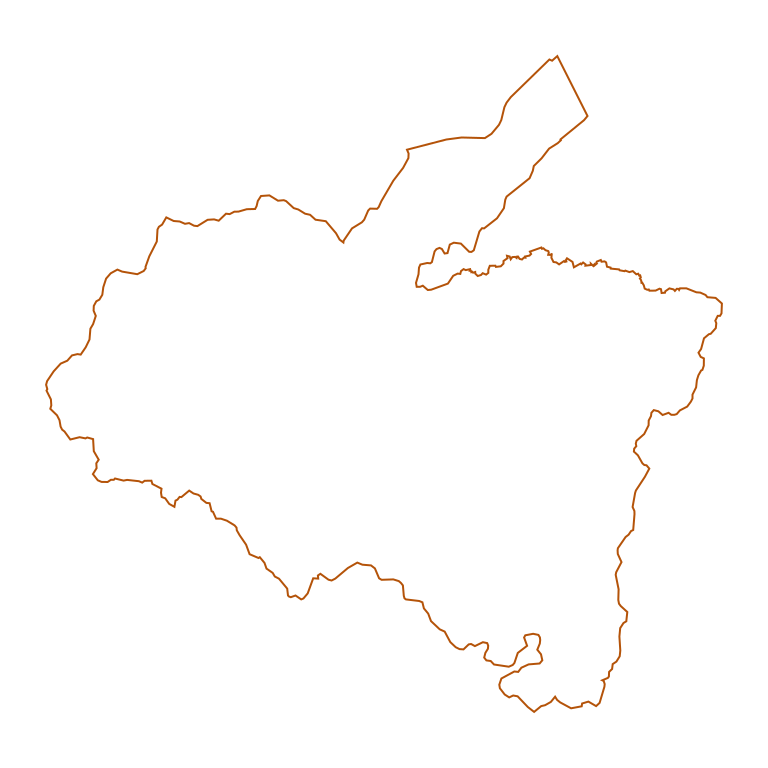 outline of Sekyere Kumawu, Ashanti, Ghana
{"feature_id": "2480657B32008532681061", "entity_name": "Sekyere Kumawu", "entity_type": "district", "adm_level": 2, "iso_a3": "GHA", "parent_name": "Ghana", "parent_adm1": "Ashanti", "projection": "equal_earth", "projection_center": [-1.235, 6.909], "detail": "fine", "context": "isolated", "style": "outline", "palette": "amber", "viewbox_px": 768, "rotation_deg": 0, "n_neighbors": 0, "source": "geoboundaries", "source_scale": "gbopen_adm2", "svg_char_len": 6084}
<svg xmlns="http://www.w3.org/2000/svg" viewBox="0 0 768 768"><path d="M50.3,408.8L57.0,415.3L59.5,420.2L60.6,426.6L62.1,429.6L64.5,431.5L70.3,439.5L79.6,437.2L85.5,438.4L87.2,437.5L93.1,439.1L93.8,451.2L98.7,459.7L96.3,463.3L96.6,468.2L92.9,474.1L97.8,480.3L101.5,481.9L107.6,482.0L110.9,479.8L113.8,479.8L115.0,478.5L123.6,480.6L127.1,479.9L138.9,481.2L142.2,482.6L144.6,480.8L151.4,480.7L152.4,484.0L161.5,488.7L161.0,492.7L161.7,497.0L165.2,498.3L169.2,503.9L174.4,506.8L175.5,500.6L177.4,499.7L179.6,496.9L181.4,497.1L189.2,490.6L193.5,493.5L198.2,494.8L200.6,496.5L201.3,498.9L206.4,502.9L209.6,503.2L211.6,511.3L213.0,511.8L216.1,518.7L221.0,518.7L226.9,520.7L234.6,525.4L236.5,527.6L236.8,530.3L239.6,535.2L246.1,544.7L249.6,554.2L258.5,558.0L259.8,557.2L264.5,562.9L266.5,568.6L272.7,572.9L274.8,576.5L279.0,578.7L287.2,588.6L288.0,595.5L288.9,596.5L290.8,597.2L295.5,595.5L301.2,599.4L303.4,598.5L307.7,593.4L313.2,578.3L318.2,578.6L317.9,575.5L320.4,573.8L328.5,579.7L331.6,580.5L335.3,578.6L347.9,568.0L357.3,562.6L362.4,564.7L371.0,565.4L374.9,568.4L379.1,578.3L381.6,579.8L393.3,579.4L398.8,581.1L400.9,582.9L402.9,585.4L403.8,595.8L404.5,598.3L405.9,599.4L419.2,601.0L422.4,602.3L423.9,608.4L428.2,613.6L431.0,621.1L439.7,629.3L444.7,631.6L450.3,642.1L455.7,647.2L459.5,649.1L463.5,649.4L468.7,644.4L471.1,644.0L474.9,646.1L482.9,642.2L487.2,643.1L488.2,645.7L487.9,648.8L485.4,652.8L484.2,657.6L486.4,660.4L490.7,661.0L494.0,664.5L508.8,666.7L512.7,665.0L514.4,663.0L517.8,652.9L527.1,645.8L524.1,637.5L525.3,635.3L533.1,633.8L538.4,634.9L539.9,637.4L540.2,640.0L539.8,643.6L537.3,649.7L541.0,654.3L542.3,660.3L539.6,663.5L528.6,664.4L521.4,667.7L518.2,671.9L514.3,671.5L501.4,678.5L499.3,684.7L499.9,688.3L504.7,694.5L509.2,697.4L513.2,695.5L517.6,696.3L527.8,707.0L534.1,711.9L541.2,706.1L545.1,705.2L550.9,701.9L555.1,696.7L557.1,699.9L560.2,702.4L571.1,708.3L581.7,706.3L582.1,703.5L588.4,701.6L596.1,706.1L599.6,702.9L604.4,686.8L604.7,684.1L603.7,681.0L602.3,680.3L607.9,677.9L608.9,676.5L609.1,671.9L612.1,669.0L612.7,664.1L616.4,661.6L619.7,656.3L620.3,650.6L619.4,636.5L620.2,628.1L623.5,623.0L626.3,621.3L627.3,612.0L620.8,606.1L619.0,603.7L618.3,600.0L618.6,589.3L615.7,574.8L616.2,572.2L621.5,562.1L617.8,554.0L617.6,550.3L617.9,548.2L625.6,537.0L628.6,534.7L631.0,531.1L633.2,530.0L634.5,514.2L634.4,511.0L632.6,507.0L635.1,493.0L635.9,490.5L644.9,476.8L649.3,468.6L646.5,465.3L644.3,465.0L642.4,463.3L637.9,455.3L633.9,451.6L634.2,448.6L636.3,446.2L635.8,443.6L636.5,440.8L644.2,434.0L648.6,425.3L648.7,420.5L651.0,416.1L651.4,412.8L653.8,410.1L658.4,411.3L662.6,415.0L668.6,412.8L671.3,414.8L674.3,414.8L676.7,414.1L679.9,410.4L687.2,406.6L690.9,401.6L692.5,398.5L692.5,394.6L696.1,387.4L696.9,380.1L698.4,375.3L701.1,370.5L702.4,369.9L703.8,365.7L703.9,358.4L700.7,356.9L698.5,352.7L701.1,349.0L704.0,338.3L708.9,334.2L710.7,333.8L715.8,328.1L716.3,323.2L715.3,320.7L717.7,315.9L720.0,315.9L721.5,313.4L721.9,303.5L715.6,297.9L707.4,297.2L705.6,295.0L700.3,292.6L696.4,292.3L686.3,288.3L680.0,288.3L679.1,289.9L678.5,288.9L676.8,288.8L674.9,290.9L673.6,289.4L669.4,288.4L665.3,291.3L665.0,292.7L661.6,293.0L661.0,289.2L659.5,288.7L655.6,290.6L649.4,290.7L648.8,289.5L647.3,289.8L644.7,288.6L643.8,285.3L642.2,282.6L641.5,282.8L641.1,280.2L639.9,278.5L640.8,277.4L640.2,275.4L639.3,275.7L638.2,273.7L636.3,274.3L632.8,271.1L629.4,272.1L625.3,270.6L624.6,271.2L619.6,270.3L619.1,269.4L610.7,268.6L610.6,267.6L607.0,266.7L606.1,262.4L604.6,261.4L601.5,261.7L600.8,260.0L596.8,261.6L596.2,263.0L596.8,263.6L594.2,265.7L594.1,264.6L593.0,265.7L590.8,263.6L590.9,265.0L585.4,265.7L585.6,264.4L583.1,262.5L581.3,264.3L580.6,263.5L573.9,267.3L572.5,261.9L567.0,258.3L566.0,259.9L566.4,261.5L564.9,261.9L564.1,261.0L559.1,264.4L556.3,262.4L553.5,262.0L551.4,257.8L551.8,253.4L550.9,254.9L548.2,254.8L548.8,252.6L548.3,251.1L545.5,250.2L543.4,248.3L542.0,248.8L541.4,247.5L529.9,251.6L531.1,254.0L529.5,255.6L525.1,256.5L525.4,257.7L523.9,257.6L522.0,259.5L519.6,258.9L518.0,256.5L517.0,256.6L516.6,258.0L515.2,256.9L512.3,257.1L510.7,259.3L509.7,256.5L507.0,255.8L507.5,258.2L503.5,261.0L503.5,263.6L500.8,266.3L495.9,266.9L495.4,265.7L489.8,265.8L488.3,269.8L488.3,272.9L486.1,274.6L482.7,273.2L481.0,275.0L477.7,276.0L475.3,273.6L475.2,272.0L473.1,272.7L472.0,271.6L471.3,272.1L470.7,270.5L469.7,270.7L469.9,269.2L465.7,270.1L463.6,269.1L461.0,271.1L460.3,273.9L457.6,273.6L453.2,275.8L447.9,283.6L431.2,289.7L427.8,290.0L422.8,285.7L420.1,286.8L416.7,286.8L416.0,282.9L418.5,274.3L419.0,267.6L420.4,264.5L427.2,263.0L430.3,263.3L431.9,262.1L434.6,251.4L436.5,249.1L439.5,247.9L441.9,249.0L444.6,253.5L447.5,253.1L449.8,244.6L453.8,242.7L460.9,243.6L469.2,251.8L471.5,251.9L473.8,250.3L479.4,231.5L482.0,228.2L484.1,228.4L497.0,218.3L503.9,208.2L505.3,199.6L506.6,196.6L529.6,178.2L532.8,170.8L533.8,166.0L541.6,158.3L549.1,148.6L557.8,143.1L560.9,140.2L560.5,139.4L584.1,120.1L587.5,116.0L557.3,56.1L552.1,60.7L549.4,59.5L510.8,97.1L506.6,102.6L504.4,107.2L501.3,120.0L499.0,124.8L491.5,133.8L484.9,138.1L461.6,137.5L446.4,139.5L407.0,149.7L408.6,153.5L408.4,158.1L403.1,167.9L393.3,180.7L381.4,201.1L378.7,207.1L377.1,208.8L370.1,208.6L368.2,210.5L364.2,219.7L361.9,222.3L352.0,228.4L343.7,240.6L343.4,242.5L339.6,239.6L336.0,233.2L325.8,221.2L315.5,219.7L310.1,214.8L305.1,213.7L298.3,209.5L293.7,208.1L286.1,201.1L283.8,200.2L278.0,200.7L269.4,195.4L261.0,196.0L257.8,201.0L256.6,206.1L255.1,209.0L246.8,209.2L238.5,211.6L234.3,211.7L229.7,214.1L226.0,213.7L218.7,220.7L214.1,219.4L207.6,219.8L197.4,226.1L194.0,225.7L189.1,223.1L185.0,223.8L179.7,221.5L173.7,221.0L166.3,217.4L162.1,224.6L158.9,226.8L157.5,229.5L156.8,241.5L149.3,256.3L145.5,266.9L145.7,268.3L143.7,271.0L137.3,274.2L122.1,271.6L117.4,269.6L110.7,273.3L106.1,278.6L103.3,287.2L102.3,294.8L99.4,299.6L96.3,301.3L93.8,305.9L93.6,310.7L95.8,315.9L93.1,324.1L90.4,328.7L89.5,339.5L85.7,347.3L80.7,354.6L77.5,354.1L72.0,355.4L67.3,360.7L60.7,363.6L53.7,371.3L47.1,381.1L46.1,384.8L47.3,389.1L46.5,390.6L50.9,399.4L51.3,405.4L50.3,408.8Z" fill="none" stroke="#b45309" stroke-width="2"/></svg>